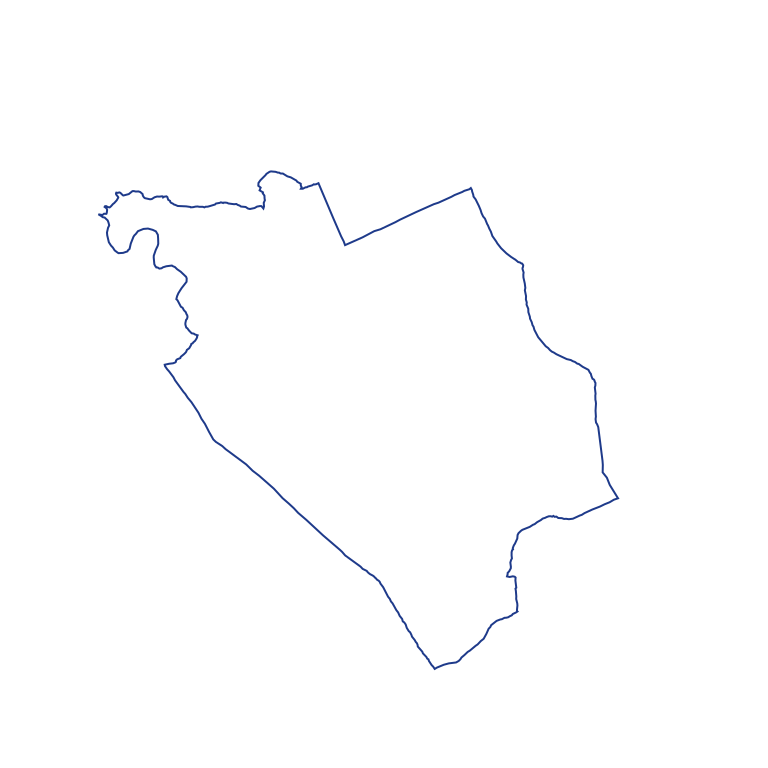 outline of Bounkiling, Sédhiou, Senegal, rotated 66°
{"feature_id": "50182788B68388966372963", "entity_name": "Bounkiling", "entity_type": "district", "adm_level": 2, "iso_a3": "SEN", "parent_name": "Senegal", "parent_adm1": "Sédhiou", "projection": "albers", "projection_center": [-15.653, 13.139], "detail": "fine", "context": "isolated", "style": "outline", "palette": "blue", "viewbox_px": 768, "rotation_deg": 66, "n_neighbors": 0, "source": "geoboundaries", "source_scale": "gbopen_adm2", "svg_char_len": 6165}
<svg xmlns="http://www.w3.org/2000/svg" viewBox="0 0 768 768"><g transform="rotate(66 384 384)"><path d="M112.8,575.9L115.5,574.0L117.2,573.1L118.3,571.5L122.2,569.9L124.3,570.0L127.3,570.5L129.1,572.6L133.0,575.5L135.7,576.4L142.6,577.7L146.5,577.1L149.1,576.2L152.4,575.7L155.5,574.0L156.5,573.3L158.1,569.0L158.5,564.5L157.7,563.4L157.1,561.5L152.7,558.2L147.6,553.0L146.7,551.6L146.0,549.7L144.3,546.6L144.5,540.7L146.0,536.4L149.1,532.6L151.8,530.3L155.7,529.9L159.3,531.2L164.1,533.2L165.7,534.5L168.6,537.9L173.1,542.1L174.7,542.9L181.2,545.1L183.9,544.9L184.3,544.6L184.9,544.6L185.5,543.4L187.2,542.3L187.8,540.2L187.5,538.5L187.9,535.0L189.5,529.6L190.0,529.4L192.2,527.4L195.0,526.3L198.8,524.0L205.6,521.2L207.3,521.3L210.3,522.8L214.2,530.1L217.4,534.9L219.6,537.3L222.0,539.2L223.5,538.6L230.8,538.1L232.4,537.0L235.2,536.8L237.7,535.9L240.1,536.0L241.2,535.8L242.8,536.2L244.3,537.4L245.0,538.8L247.6,540.7L249.0,541.3L252.0,541.7L253.1,541.0L255.8,540.4L259.4,539.1L260.6,537.3L261.8,536.6L263.7,534.5L264.4,535.4L265.0,535.5L266.1,536.6L267.7,539.0L268.4,541.3L269.0,542.3L269.0,543.7L270.0,544.5L272.1,547.4L272.7,550.2L274.1,551.6L274.6,552.5L275.4,554.6L276.5,558.6L277.5,559.6L277.3,562.8L277.9,564.4L279.1,565.1L279.4,566.0L279.3,568.2L278.1,572.1L277.2,576.5L278.6,576.8L282.3,576.1L285.1,575.2L292.2,573.6L295.6,573.4L309.7,570.4L312.2,569.6L316.7,568.9L322.3,567.3L334.8,565.2L341.5,564.9L347.5,563.8L356.7,563.3L365.2,562.5L368.6,561.1L374.9,557.0L379.1,555.2L401.4,542.6L409.8,539.3L417.2,535.3L434.8,527.2L447.0,523.1L454.5,519.6L460.8,516.9L466.7,514.9L476.6,510.2L497.6,501.2L517.6,491.7L520.2,490.6L524.8,489.2L541.3,479.7L544.2,478.7L547.7,475.8L549.0,475.5L550.3,475.0L552.0,474.1L554.4,472.2L555.6,471.5L557.6,470.8L558.5,470.3L559.7,470.1L561.5,468.9L562.8,468.4L565.0,468.4L569.3,467.4L580.0,466.8L582.6,466.1L585.5,466.1L587.8,465.4L595.7,464.7L598.4,464.0L602.2,464.0L606.0,463.0L608.5,463.4L610.0,462.5L612.5,462.0L616.0,462.4L619.8,461.9L621.5,461.1L624.7,461.0L626.1,461.2L630.3,460.1L632.6,459.9L634.1,459.4L635.8,459.4L637.6,459.9L644.1,457.9L645.9,458.0L650.6,456.3L652.5,456.2L653.6,455.4L655.3,455.6L660.2,454.8L662.3,454.0L664.9,453.6L664.6,451.0L664.8,443.6L665.6,438.4L667.7,431.4L667.4,428.4L666.5,426.1L665.4,424.5L664.3,420.7L662.8,416.5L662.5,414.1L660.4,406.7L660.0,404.4L658.2,400.1L657.3,396.6L653.9,392.1L650.1,387.9L649.3,385.8L647.9,384.2L646.2,377.5L646.4,373.5L646.8,372.0L646.6,369.0L647.2,367.5L647.6,365.5L647.3,363.3L647.3,361.4L646.5,359.9L646.4,356.3L646.1,354.6L645.6,354.8L644.6,354.5L640.6,352.2L638.6,351.5L634.2,350.7L631.8,349.5L626.7,347.7L624.4,347.1L623.9,346.0L617.0,343.9L614.3,342.5L613.2,343.0L612.1,344.5L611.4,347.7L609.8,349.9L608.0,348.4L606.9,347.9L606.0,345.8L603.9,343.1L602.5,342.4L598.5,341.2L596.5,339.5L595.4,338.1L592.6,337.2L589.5,335.8L588.0,334.6L587.5,333.3L586.4,333.2L584.2,331.0L583.2,329.4L579.4,325.1L576.3,323.4L575.0,321.8L573.8,318.5L573.5,316.9L573.8,308.9L573.2,305.1L573.3,303.4L572.5,300.3L572.1,296.0L571.5,293.8L571.8,291.1L571.7,289.6L571.9,287.2L572.6,285.5L573.6,284.3L573.4,282.9L574.7,282.2L575.3,280.4L577.3,279.3L578.9,276.1L580.5,274.4L581.2,272.5L582.7,270.1L583.9,266.2L583.8,258.4L584.0,256.6L583.5,253.3L583.4,244.7L583.8,236.5L583.6,231.4L583.8,226.0L583.2,221.0L583.6,216.7L568.0,218.8L560.2,218.5L553.7,220.2L546.9,217.0L543.0,215.6L510.5,205.8L507.4,205.7L505.5,206.0L502.1,205.0L500.0,203.7L494.4,201.6L488.1,198.3L485.9,197.6L484.4,197.3L480.4,195.6L479.0,194.7L472.9,192.8L471.5,191.6L469.1,190.4L467.7,190.5L466.1,190.3L465.2,190.5L464.0,191.4L461.2,191.3L458.7,190.9L457.4,191.3L454.2,191.5L449.1,195.5L444.8,198.0L444.1,199.1L441.5,200.6L440.0,202.2L438.1,203.6L435.6,206.9L426.9,214.4L424.3,216.1L422.7,217.5L420.5,218.6L417.9,219.4L415.3,220.9L404.0,224.1L395.7,224.6L392.4,224.1L390.7,224.4L387.6,223.9L383.7,224.0L381.9,223.4L377.1,222.9L373.9,221.6L369.5,221.5L367.5,220.4L364.5,220.0L361.5,218.5L355.7,217.2L353.7,215.8L349.4,214.5L343.4,213.3L340.7,212.2L338.9,211.1L335.4,210.7L334.4,210.3L333.6,209.4L332.1,208.5L330.2,208.8L329.7,209.5L328.2,210.4L327.2,211.8L324.1,213.3L319.8,216.1L314.5,219.0L307.6,221.8L301.6,223.3L299.6,223.5L292.9,224.8L288.3,224.4L284.9,224.6L281.3,224.5L280.0,224.7L274.0,224.5L271.3,225.3L267.7,225.4L264.3,225.0L259.9,224.9L252.6,225.2L249.2,226.0L247.4,225.5L244.1,225.2L242.5,224.8L240.3,225.0L240.8,226.8L240.2,232.0L240.4,234.5L240.1,242.7L240.4,246.3L240.5,260.6L240.0,265.3L240.0,284.9L240.4,302.5L240.8,307.8L241.2,324.3L240.4,330.7L241.3,343.9L241.3,363.1L237.3,362.8L231.7,363.1L211.4,362.9L173.9,362.2L173.9,364.8L173.5,366.3L173.0,366.9L173.3,368.9L172.7,373.2L172.9,374.4L172.4,375.8L172.6,378.8L171.8,380.5L170.8,379.2L168.9,379.3L167.2,378.6L164.0,381.0L162.5,381.3L157.3,385.1L155.0,387.8L150.6,390.8L149.6,392.9L148.3,393.8L147.7,395.0L146.1,396.7L143.8,400.8L143.6,402.3L144.0,404.6L144.2,405.9L145.0,407.3L147.6,414.1L149.3,416.9L151.8,418.2L154.4,416.8L156.5,418.9L159.7,416.6L160.5,417.2L163.2,416.6L166.4,417.8L167.6,418.0L169.6,420.2L173.0,421.4L174.6,422.8L171.7,423.6L171.0,424.9L170.3,427.8L170.6,430.7L169.6,435.3L168.4,436.9L166.0,438.4L163.7,442.5L162.3,443.3L161.1,444.6L159.5,445.7L158.8,447.8L155.8,452.7L154.7,453.6L153.7,455.2L152.9,457.3L153.1,457.5L151.7,459.1L151.7,460.5L150.8,464.1L151.3,465.4L150.7,470.2L150.3,472.9L149.5,474.9L149.6,476.2L148.4,477.5L147.1,480.5L146.0,482.1L145.3,484.0L144.8,486.5L144.0,488.7L143.5,488.9L141.3,492.4L137.5,500.0L135.4,501.9L134.8,502.7L133.1,503.7L131.9,504.8L130.6,505.2L129.7,505.0L127.9,506.2L125.0,505.9L124.1,506.4L123.5,508.5L123.7,509.9L122.8,509.8L122.3,510.3L121.6,512.6L120.4,515.2L120.1,517.7L120.6,520.9L120.1,522.6L117.0,526.8L115.9,527.4L113.9,527.7L112.3,527.3L109.5,528.6L108.2,530.0L107.2,532.5L106.0,534.1L105.5,535.4L106.7,539.9L105.8,545.4L105.4,545.8L102.1,547.1L101.3,547.9L101.1,549.5L100.3,550.7L100.8,551.3L101.9,551.6L105.1,550.8L105.6,550.9L107.5,553.5L109.0,556.9L109.3,558.3L110.6,561.1L111.1,562.8L109.8,564.6L108.7,565.2L108.1,566.4L108.6,567.2L110.7,566.0L112.3,566.1L114.8,567.6L115.6,568.4L114.6,570.5L115.1,572.5L112.8,575.9Z" fill="none" stroke="#1e3a8a" stroke-width="2"/></g></svg>